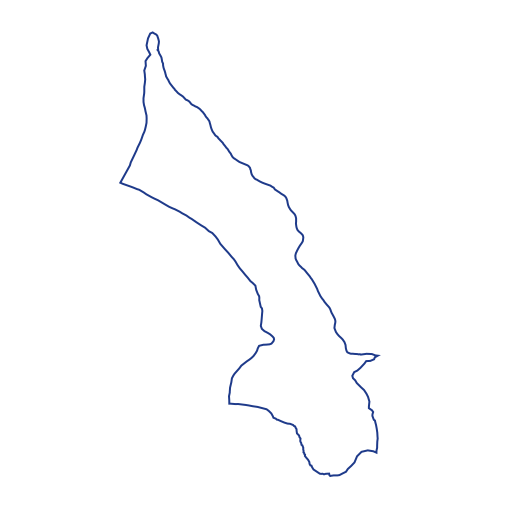 outline of Luangprabang, Louangphrabang, Laos, rotated 97°
{"feature_id": "54806243B7800047317547", "entity_name": "Luangprabang", "entity_type": "district", "adm_level": 2, "iso_a3": "LAO", "parent_name": "Laos", "parent_adm1": "Louangphrabang", "projection": "robinson", "projection_center": [102.099, 19.82], "detail": "fine", "context": "isolated", "style": "outline", "palette": "blue", "viewbox_px": 512, "rotation_deg": 97, "n_neighbors": 0, "source": "geoboundaries", "source_scale": "gbopen_adm2", "svg_char_len": 6107}
<svg xmlns="http://www.w3.org/2000/svg" viewBox="0 0 512 512"><g transform="rotate(97 256 256)"><path d="M46.7,385.8L48.1,388.1L53.2,389.7L60.2,390.3L63.7,389.1L66.7,386.9L69.1,385.4L72.7,387.8L76.0,389.4L80.7,388.5L85.5,389.5L89.2,388.5L91.4,388.1L94.2,387.5L97.7,387.4L101.6,387.5L106.6,386.9L108.3,386.8L113.1,386.9L116.9,386.4L120.0,385.5L122.3,384.5L124.3,383.8L125.6,383.4L129.9,381.8L132.9,381.3L137.2,380.9L141.0,381.2L144.4,381.6L146.4,382.0L149.5,383.0L153.3,383.8L155.0,384.2L157.8,385.0L162.9,386.8L165.4,387.4L171.2,389.3L178.3,391.7L181.5,392.2L199.8,399.6L200.6,397.0L202.4,388.8L203.1,385.9L204.1,382.3L204.5,380.0L206.6,375.2L208.1,372.4L210.4,366.7L211.5,363.6L212.6,360.1L216.1,352.1L217.8,348.1L218.9,344.5L219.5,342.2L221.3,337.2L222.6,334.5L224.3,330.0L226.2,326.5L227.0,324.5L229.6,319.6L232.3,314.1L234.1,310.0L237.1,305.8L238.5,302.2L241.6,298.5L244.3,295.9L248.3,292.9L252.8,287.9L256.2,283.9L259.8,280.1L261.9,277.6L264.0,275.7L267.3,273.2L270.2,270.6L273.2,267.3L276.1,264.3L278.5,261.6L281.6,258.5L283.1,256.1L285.5,253.0L289.5,251.7L293.4,249.6L295.5,248.0L297.1,247.6L299.4,247.4L305.9,245.1L307.3,243.7L309.8,243.0L312.9,242.9L317.7,242.7L321.3,242.6L324.8,242.7L327.6,241.3L329.6,238.4L330.2,236.7L331.0,234.7L332.0,232.5L333.2,230.7L334.0,229.6L335.1,228.4L336.5,227.9L338.5,228.3L341.1,230.0L342.0,231.7L342.7,234.9L343.2,237.9L344.8,242.0L347.5,243.0L349.8,243.4L352.4,244.5L355.6,246.3L357.8,248.1L359.7,250.0L361.6,252.2L364.3,254.9L366.6,257.2L369.6,258.9L375.4,262.9L377.4,263.9L380.3,265.0L384.3,265.1L389.8,265.7L393.8,265.5L394.8,265.4L398.5,265.7L402.2,265.0L405.8,264.5L405.7,263.8L405.5,258.6L405.1,255.7L405.1,251.8L405.1,248.2L405.2,245.2L405.5,241.0L405.6,236.1L406.8,227.0L406.9,226.7L407.0,226.5L408.3,224.3L410.4,221.6L413.2,219.6L414.4,219.0L415.0,216.6L415.9,215.3L415.9,214.2L416.8,211.4L417.9,207.5L418.5,204.3L418.4,201.8L419.2,198.6L420.1,197.5L420.4,196.4L421.7,195.7L422.9,194.7L424.6,194.4L427.1,193.7L428.9,191.4L430.6,190.7L431.7,189.6L432.8,189.6L434.3,189.5L435.3,189.0L436.0,188.4L437.9,187.8L438.3,186.9L440.6,185.7L442.1,185.6L443.7,185.0L445.2,184.9L445.6,184.2L446.8,183.8L447.2,183.1L448.5,183.1L449.9,181.7L451.9,179.5L453.9,178.0L455.8,177.5L457.2,176.5L457.3,175.4L458.8,174.6L460.9,172.9L464.3,166.1L464.3,164.6L464.0,163.4L464.4,161.9L463.8,160.6L463.4,158.7L463.1,156.9L464.6,156.4L465.3,155.5L465.0,154.7L464.3,152.2L463.8,148.3L463.3,146.5L461.1,143.3L459.2,140.4L456.2,138.9L452.7,135.9L448.9,133.1L442.5,131.3L437.5,127.4L435.3,121.4L435.5,115.8L436.5,112.5L434.5,112.7L431.7,112.4L429.0,112.7L425.3,113.0L422.3,113.0L420.4,113.4L416.5,114.1L412.8,115.1L409.0,116.3L406.8,117.2L404.8,117.9L404.2,119.1L400.5,121.0L398.8,121.1L396.6,120.7L395.0,122.1L393.3,125.4L391.7,125.6L386.7,125.7L382.2,127.6L379.2,129.6L375.9,132.4L373.4,135.9L369.8,140.5L367.3,142.4L365.5,144.8L363.2,145.8L359.3,144.4L357.4,141.5L354.4,138.8L349.6,135.3L346.9,133.8L346.2,129.8L344.1,126.2L342.1,125.7L340.1,123.0L340.1,125.4L339.2,129.0L339.6,134.3L341.1,140.0L340.8,140.9L341.1,141.9L341.0,143.5L341.2,146.5L341.2,148.2L341.4,149.4L341.4,150.4L341.1,151.5L340.8,152.6L340.4,153.6L339.7,154.2L338.4,154.9L336.5,155.6L333.4,156.3L330.7,157.7L328.3,159.8L327.0,161.4L325.3,163.8L323.6,165.7L321.7,167.4L318.9,168.9L317.9,169.4L316.6,169.4L314.8,169.4L312.8,169.2L311.5,169.2L310.2,169.5L308.8,170.1L306.7,171.5L304.3,173.2L303.4,173.9L302.0,174.7L300.0,175.7L298.5,176.7L297.5,177.7L295.6,179.9L293.1,182.5L291.6,183.7L290.2,185.2L287.9,187.2L283.2,190.3L281.2,191.3L276.4,194.5L272.1,197.9L271.4,198.7L269.6,200.2L268.0,201.9L266.5,203.5L265.1,204.9L263.8,206.3L262.3,208.9L261.4,209.9L260.5,211.2L259.5,212.4L258.5,213.3L257.5,213.9L256.2,214.8L255.3,215.5L253.7,216.4L252.2,216.7L251.0,217.0L249.6,216.9L248.2,216.7L246.8,216.2L245.8,215.9L242.9,214.8L240.4,213.7L237.6,212.2L235.8,211.4L234.4,211.3L231.8,211.3L230.6,211.7L229.6,212.2L228.7,213.2L227.7,214.5L226.5,216.4L225.2,217.9L223.7,218.8L222.3,219.4L220.5,219.9L218.9,220.3L216.8,220.4L213.7,220.8L212.1,221.4L211.4,221.7L210.3,222.4L209.7,222.9L208.6,224.2L207.3,225.8L206.4,226.9L205.4,227.8L204.6,228.4L203.5,229.3L201.4,230.4L199.4,231.1L197.1,231.8L196.2,232.3L195.1,232.8L193.9,233.7L193.1,234.6L192.4,235.7L191.4,238.0L190.9,239.0L190.0,240.5L189.4,241.8L187.6,245.4L186.6,246.2L185.9,246.9L185.5,248.1L184.9,249.3L184.4,250.2L184.2,251.1L183.5,254.3L183.3,255.2L183.0,256.5L182.4,258.8L181.5,261.4L180.6,263.5L180.2,264.3L179.8,265.8L179.0,267.1L177.9,268.1L177.0,269.1L175.5,270.2L173.4,271.1L171.5,271.6L170.6,272.2L169.4,272.6L168.8,273.1L168.2,273.8L167.5,274.5L167.2,275.2L166.9,275.9L166.7,276.7L164.7,283.9L162.3,288.6L161.9,289.2L161.7,289.9L161.0,290.8L160.4,291.5L158.8,292.7L157.5,293.5L157.0,294.0L156.4,294.6L155.4,295.6L154.6,296.1L154.1,296.6L153.4,297.1L152.8,297.8L152.3,298.5L150.5,300.2L148.9,301.9L147.7,302.8L147.1,303.6L146.4,304.4L145.9,305.1L145.5,305.6L145.0,306.1L144.1,307.3L143.3,308.1L142.4,308.8L141.9,310.0L141.2,311.1L139.6,312.5L137.8,314.2L136.3,315.1L135.0,315.8L133.5,316.5L131.6,317.2L129.5,318.1L128.4,318.5L127.4,319.1L126.8,319.7L126.4,320.1L125.3,321.0L124.6,321.9L124.0,322.5L123.1,323.3L122.4,323.7L121.8,324.3L121.1,324.9L120.6,325.5L120.0,325.9L119.4,326.7L118.9,327.4L118.2,328.2L117.6,328.9L116.9,329.8L116.5,330.5L115.4,332.6L114.9,334.5L114.1,336.3L113.8,337.4L113.1,338.7L111.9,339.9L111.1,340.7L110.4,341.7L109.7,343.3L109.6,344.1L109.2,344.9L108.6,345.6L108.0,346.3L107.5,346.9L106.7,347.8L106.1,348.9L105.6,349.8L104.8,351.5L103.6,353.5L102.6,354.6L101.8,355.6L101.3,356.2L100.8,356.9L100.2,357.2L99.7,357.7L99.3,358.3L96.9,360.7L96.0,361.6L95.2,362.4L94.1,363.2L93.2,363.8L92.6,364.2L92.0,364.5L91.5,365.0L90.7,365.6L89.4,366.6L88.5,367.2L87.5,367.5L86.4,368.0L85.0,368.5L84.1,368.9L83.2,369.3L81.7,370.1L80.4,370.7L78.6,371.3L77.9,371.5L77.4,371.6L76.8,371.6L76.0,371.9L75.6,372.2L74.6,372.8L72.2,373.5L70.4,374.1L68.8,375.2L66.7,376.8L64.7,377.6L63.5,378.8L63.0,378.3L61.0,378.7L58.1,378.5L56.6,378.4L54.8,378.5L52.2,379.5L49.3,380.9L48.3,382.1L47.5,384.2L46.7,385.8Z" fill="none" stroke="#1e3a8a" stroke-width="2"/></g></svg>